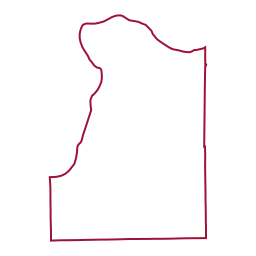 East Fremantle, Western Australia, Australia
{"feature_id": "25037944B65528874584429", "entity_name": "East Fremantle", "entity_type": "district", "adm_level": 2, "iso_a3": "AUS", "parent_name": "Australia", "parent_adm1": "Western Australia", "projection": "natural_earth1", "projection_center": [115.768, -32.037], "detail": "fine", "context": "isolated", "style": "outline", "palette": "rose", "viewbox_px": 256, "rotation_deg": 0, "n_neighbors": 0, "source": "geoboundaries", "source_scale": "gbopen_adm2", "svg_char_len": 2254}
<svg xmlns="http://www.w3.org/2000/svg" viewBox="0 0 256 256"><path d="M205.2,47.3L203.9,48.1L202.7,48.6L201.8,48.7L201.1,49.0L200.1,49.1L197.3,49.8L196.0,50.0L195.0,50.0L194.1,50.1L193.0,50.8L191.9,51.4L190.5,51.9L189.4,52.2L186.9,52.1L183.1,51.6L181.9,51.2L177.7,50.1L175.7,49.8L172.4,49.1L169.6,47.7L167.0,46.1L162.2,43.0L159.0,40.7L157.5,39.6L157.4,39.5L156.3,38.4L155.0,36.8L154.3,35.7L153.2,34.8L152.5,33.4L152.2,32.6L151.7,31.3L151.1,30.4L145.6,24.8L144.9,24.7L143.9,24.2L141.5,23.3L140.6,22.9L140.1,22.6L138.5,21.9L134.5,21.1L130.6,20.5L129.0,20.1L127.3,19.0L125.1,17.6L122.7,16.0L120.6,15.4L119.4,15.4L117.0,15.5L114.7,16.1L111.7,17.2L106.9,19.9L103.6,21.5L101.0,22.3L97.4,23.2L94.2,23.7L89.6,23.6L87.2,23.5L85.6,23.7L85.2,23.9L83.3,24.6L82.1,26.0L81.0,28.6L80.2,31.2L80.0,32.2L79.7,34.6L79.7,38.2L80.6,42.4L82.3,46.9L83.9,49.7L85.7,52.5L88.0,56.0L89.3,59.0L89.7,59.7L91.6,61.9L92.0,62.5L93.0,63.8L94.3,65.6L95.5,66.5L96.9,67.5L99.4,68.0L100.4,68.6L101.3,70.0L101.7,72.8L101.7,74.3L101.8,76.0L101.8,78.7L101.2,82.3L100.0,85.0L99.2,87.0L98.0,89.2L96.4,91.4L93.7,94.5L92.2,95.5L91.1,98.1L91.0,98.4L90.5,99.8L90.4,102.2L90.6,105.6L91.0,108.7L91.1,110.4L87.6,121.2L82.9,135.5L82.0,139.5L80.9,142.2L78.3,144.7L77.5,146.6L77.1,149.5L77.1,151.7L76.7,154.1L76.1,157.9L74.7,162.7L74.2,164.1L72.0,166.9L70.9,168.3L69.6,170.0L67.9,171.7L65.3,173.8L61.4,175.7L57.6,176.6L54.6,177.0L50.7,177.1L49.8,177.1L49.8,178.0L50.4,187.5L50.5,205.8L50.6,207.7L50.6,210.7L50.6,215.2L50.6,216.5L50.7,221.3L50.8,224.6L50.9,227.5L51.0,236.3L51.0,240.6L57.0,240.4L60.0,240.3L69.0,240.2L77.9,240.1L85.4,239.9L87.0,239.9L96.0,239.7L101.9,239.6L103.0,239.6L105.3,239.6L115.9,239.4L129.8,239.0L135.1,239.0L151.0,238.9L153.6,238.8L162.5,238.8L173.6,238.6L179.7,238.4L184.6,238.3L194.6,238.2L195.5,238.2L206.0,238.1L206.0,226.4L205.8,221.1L205.8,214.8L205.6,203.0L205.5,199.3L205.5,191.4L205.3,179.6L205.2,172.7L205.1,167.8L205.2,155.9L205.0,146.5L204.2,146.7L204.6,110.2L204.7,99.8L204.8,89.2L205.0,77.0L205.2,66.0L205.3,65.9L205.6,65.9L205.8,65.8L205.9,65.7L206.0,65.5L206.1,65.3L206.2,65.1L206.2,64.9L206.2,64.7L206.0,64.3L206.0,64.2L205.9,64.1L205.6,64.0L205.5,63.9L205.3,63.9L205.2,63.9L205.2,57.0L205.2,52.2L205.2,47.3Z" fill="none" stroke="#9f1239" stroke-width="2"/></svg>